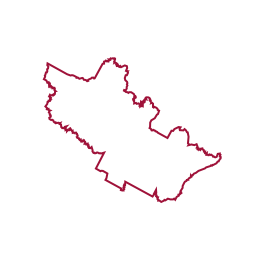 outline of Corangamite, Victoria, Australia, rotated 290°
{"feature_id": "25037944B62573329843514", "entity_name": "Corangamite", "entity_type": "district", "adm_level": 2, "iso_a3": "AUS", "parent_name": "Australia", "parent_adm1": "Victoria", "projection": "robinson", "projection_center": [143.247, -38.216], "detail": "fine", "context": "isolated", "style": "outline", "palette": "rose", "viewbox_px": 256, "rotation_deg": 290, "n_neighbors": 0, "source": "geoboundaries", "source_scale": "gbopen_adm2", "svg_char_len": 5844}
<svg xmlns="http://www.w3.org/2000/svg" viewBox="0 0 256 256"><g transform="rotate(290 128 128)"><path d="M109.2,60.9L109.2,61.7L108.7,62.0L109.4,62.7L108.3,62.6L108.3,63.9L106.1,64.9L105.9,65.9L105.4,66.2L105.9,67.8L105.7,68.8L106.5,68.9L106.8,68.4L107.3,69.0L107.7,68.5L108.5,69.6L106.8,68.9L105.9,69.9L104.6,70.1L105.5,71.5L104.4,71.8L105.4,72.2L105.8,73.6L106.1,73.9L107.3,73.2L108.0,73.8L106.0,76.4L106.5,76.9L104.6,77.7L105.1,78.3L104.8,79.2L105.3,79.4L105.9,80.9L104.9,81.5L105.0,82.1L104.1,82.6L103.9,83.2L102.6,83.5L102.0,83.0L101.4,83.7L101.5,85.5L100.7,85.8L100.2,86.8L101.1,87.5L100.1,88.2L100.0,87.7L99.9,88.3L99.2,88.6L99.4,89.5L101.2,90.1L100.8,90.7L101.2,91.0L100.3,91.7L100.4,92.3L98.4,92.6L99.1,93.5L98.5,94.2L98.9,94.7L98.3,94.6L98.4,95.2L98.8,95.2L98.5,96.0L99.1,96.0L98.9,96.4L97.8,96.3L96.8,97.0L97.2,97.6L95.9,98.1L96.1,99.4L97.7,100.3L94.9,102.4L93.9,102.6L92.8,104.1L93.3,104.8L92.9,105.6L93.5,106.6L94.1,106.8L94.6,107.9L94.3,109.6L94.8,110.3L94.8,111.4L96.7,114.0L78.9,111.7L78.0,116.9L78.6,117.4L79.1,119.1L78.2,124.2L73.5,124.9L71.5,124.6L68.8,142.2L67.2,142.5L67.3,144.0L67.7,145.0L68.2,144.6L69.0,145.3L70.0,144.2L70.8,145.0L71.9,143.8L73.4,143.8L73.3,144.8L76.6,143.8L72.0,174.5L75.0,175.3L75.1,174.9L79.5,175.5L76.6,176.8L74.9,176.6L74.6,177.7L73.5,177.8L73.6,178.6L72.8,179.0L73.1,179.9L71.3,180.0L71.0,181.0L70.1,181.2L70.6,182.3L69.9,184.5L72.0,186.6L72.9,186.8L72.8,187.9L75.2,189.6L75.4,192.3L76.3,194.8L77.4,195.5L76.7,196.9L79.9,197.3L81.7,198.8L82.5,198.3L82.7,198.9L83.9,199.1L84.2,199.5L83.9,199.6L84.9,200.2L85.0,199.3L86.0,199.7L86.5,198.9L90.4,199.8L92.2,199.2L96.0,199.6L97.1,199.9L98.2,201.0L99.3,201.0L99.9,202.3L100.3,202.0L102.0,202.7L102.4,203.3L101.9,203.8L102.7,203.4L103.4,203.8L104.1,203.6L103.8,203.9L104.3,203.7L104.3,204.1L104.9,203.9L105.7,204.4L105.6,204.9L107.7,205.6L109.0,207.1L111.8,208.9L116.3,214.1L117.7,214.9L120.8,218.9L121.4,218.9L121.5,220.0L122.3,220.2L122.4,220.7L125.1,223.2L127.1,223.7L127.6,224.6L129.9,224.9L131.5,225.7L131.2,225.3L132.4,225.1L132.6,224.0L134.4,224.0L134.4,223.3L135.4,223.0L134.4,221.2L131.3,221.2L130.4,220.3L130.2,219.2L130.6,218.4L130.2,217.7L130.9,217.0L131.4,215.2L130.6,214.4L131.0,213.6L129.9,212.7L130.2,212.1L129.6,210.9L131.3,210.6L130.4,210.0L130.6,209.0L132.3,208.6L131.8,207.4L133.1,206.9L133.3,205.7L134.3,204.9L133.7,203.9L132.4,203.6L132.9,203.0L131.8,202.2L132.2,201.9L131.9,201.2L132.7,201.1L132.3,200.4L133.3,200.2L133.1,199.4L134.4,199.6L136.2,198.0L134.6,196.2L134.2,193.2L132.5,190.7L133.6,190.9L134.1,189.6L140.5,187.9L144.3,185.6L144.2,184.9L145.7,183.1L146.3,181.5L144.7,180.9L143.7,177.5L144.9,176.7L146.6,177.1L146.2,175.2L142.9,172.0L140.7,171.4L140.3,169.8L132.1,168.5L133.8,157.5L134.3,156.8L134.3,154.9L134.7,154.7L134.9,152.3L134.2,152.1L133.8,151.0L135.1,149.7L135.3,148.3L136.8,148.3L140.7,147.0L143.2,147.3L146.3,149.8L150.4,150.6L151.4,151.4L154.9,151.3L155.1,149.8L155.8,149.5L156.7,147.9L156.9,145.5L156.0,145.1L156.2,144.3L159.4,143.2L159.9,142.0L159.3,141.3L160.0,141.3L160.6,140.2L159.9,139.8L161.4,140.0L161.6,139.2L162.0,139.5L162.7,139.0L163.0,138.6L162.7,138.4L163.6,137.8L163.7,136.4L163.1,134.7L162.5,134.3L161.2,135.4L161.2,134.4L160.4,134.4L160.3,134.1L158.2,134.8L157.5,134.4L157.0,133.9L158.3,133.8L158.6,134.1L158.4,133.4L158.7,133.3L157.5,132.9L157.8,132.5L157.5,132.1L156.6,132.4L157.0,131.3L155.1,131.9L155.1,132.6L155.9,133.0L155.7,133.7L153.9,134.3L154.2,133.5L153.2,133.5L153.2,132.7L152.6,132.3L153.2,132.2L152.9,131.3L153.8,131.3L154.8,129.6L153.7,127.9L154.3,127.0L153.2,125.4L154.3,125.2L155.5,124.0L155.7,124.4L156.5,124.2L157.0,123.6L156.8,123.0L157.2,122.9L157.9,123.7L158.4,123.5L158.3,124.0L159.0,124.8L159.7,124.8L160.4,124.1L159.9,123.6L161.9,121.9L162.7,118.8L162.1,117.0L161.1,116.3L161.5,115.5L161.1,113.8L161.7,112.8L161.5,112.4L161.7,111.4L162.4,111.4L162.4,112.5L162.9,113.0L164.7,113.3L166.1,112.7L167.8,112.9L168.7,112.0L169.9,112.1L171.0,111.4L172.1,109.0L173.8,107.9L176.8,107.8L177.3,108.9L179.9,109.1L180.7,108.6L180.8,107.9L181.3,108.2L181.1,106.6L184.1,106.7L185.7,105.8L185.7,103.6L182.9,100.8L183.5,99.7L182.5,99.5L182.5,98.3L182.9,97.5L182.4,96.3L183.0,95.8L183.5,96.9L183.9,95.5L184.5,96.1L185.0,95.0L185.1,93.4L184.7,93.0L185.4,93.0L185.5,92.3L188.0,92.4L188.8,92.1L188.8,91.4L188.1,91.2L188.4,90.0L187.4,88.7L187.5,87.9L186.2,87.4L186.0,86.8L185.6,87.6L185.0,86.8L183.8,86.9L183.7,86.4L184.2,86.3L183.9,85.2L183.4,85.1L183.6,84.0L183.0,83.9L182.2,82.8L180.3,83.5L179.7,82.2L163.3,79.7L162.9,79.2L163.5,78.1L162.9,76.8L162.3,76.7L159.8,74.2L159.1,73.9L158.6,74.4L158.0,73.6L158.7,71.9L158.2,70.0L159.4,68.6L159.4,67.9L157.6,65.4L158.2,64.0L157.8,63.1L158.1,62.7L157.7,62.3L158.3,61.9L158.7,58.8L158.5,57.3L157.7,56.1L157.7,52.4L161.2,30.3L159.4,30.7L158.5,32.1L156.5,32.5L155.6,31.9L153.6,32.8L152.5,32.7L152.3,32.0L151.6,31.9L149.7,32.2L148.9,31.9L147.9,32.6L145.1,32.3L144.7,35.1L143.1,36.6L143.6,37.3L143.2,37.3L143.4,37.7L143.0,38.0L143.4,39.0L143.0,39.4L142.1,39.0L141.7,39.7L141.2,39.2L140.3,39.6L141.2,40.1L140.5,40.5L141.3,40.9L140.6,42.5L140.0,42.4L140.3,43.6L140.9,43.8L139.6,43.7L139.8,44.2L140.4,44.1L140.6,45.1L139.6,45.4L139.6,45.9L138.4,46.0L137.9,47.4L137.6,46.9L135.1,47.6L134.8,47.0L134.0,47.3L133.2,46.8L133.4,46.2L132.9,46.1L133.1,45.5L132.0,44.3L132.5,43.3L130.8,43.1L130.9,43.6L129.9,44.2L130.0,45.0L129.5,44.9L128.9,45.7L128.2,44.8L127.4,44.9L127.8,45.1L127.5,45.6L126.7,45.4L126.4,44.0L125.3,44.1L125.0,43.5L123.0,43.9L120.0,43.0L119.1,45.1L118.2,45.2L118.6,46.3L118.1,46.2L118.3,46.9L117.8,47.1L117.8,48.9L117.1,48.3L115.5,48.3L115.0,49.5L113.7,49.9L113.3,50.4L113.6,50.8L112.9,51.4L112.1,51.5L110.7,50.5L109.6,51.2L109.2,53.1L109.8,53.8L109.6,55.2L108.6,55.9L108.2,56.7L108.5,57.6L108.0,57.6L107.7,58.3L109.2,60.9ZM102.9,204.1L103.4,204.0L103.5,203.9L103.2,203.9L102.9,204.1Z" fill="none" stroke="#9f1239" stroke-width="2"/></g></svg>